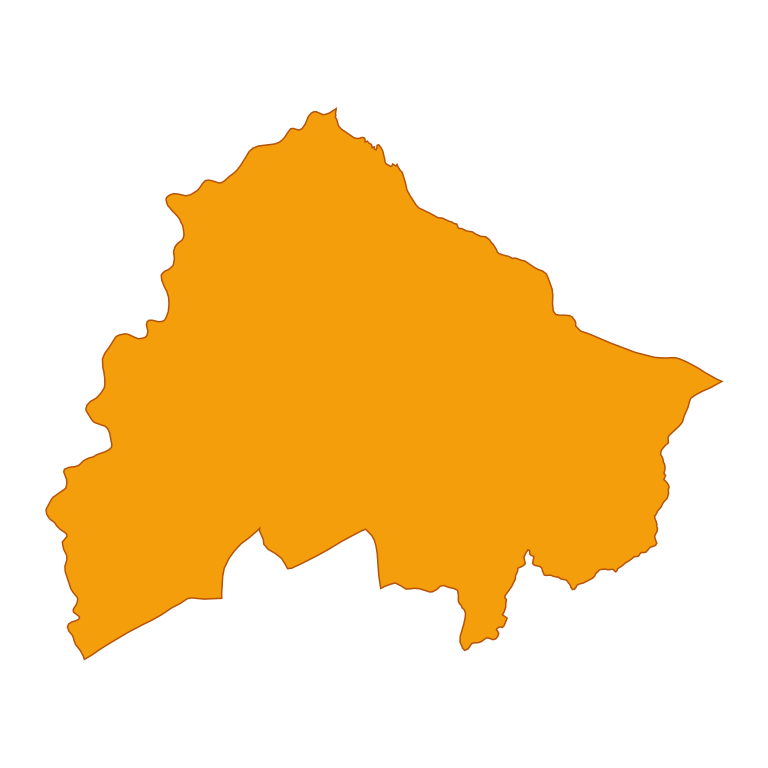 outline of Pea Reang, Prey Vêng, Cambodia
{"feature_id": "14789045B14089291645285", "entity_name": "Pea Reang", "entity_type": "district", "adm_level": 2, "iso_a3": "KHM", "parent_name": "Cambodia", "parent_adm1": "Prey Vêng", "projection": "orthographic", "projection_center": [105.246, 11.679], "detail": "fine", "context": "isolated", "style": "filled", "palette": "amber", "viewbox_px": 768, "rotation_deg": 0, "n_neighbors": 0, "source": "geoboundaries", "source_scale": "gbopen_adm2", "svg_char_len": 6064}
<svg xmlns="http://www.w3.org/2000/svg" viewBox="0 0 768 768"><path d="M174.1,255.5L174.4,258.8L173.2,265.4L170.9,267.7L168.0,269.8L165.2,271.0L162.9,272.8L161.2,275.1L161.8,280.3L164.3,286.7L166.8,291.4L168.6,297.3L169.0,304.1L168.3,311.6L165.9,318.0L164.5,320.3L161.6,321.6L158.3,321.7L152.1,320.2L148.9,320.3L147.1,321.9L146.4,324.6L147.9,331.4L146.9,335.6L145.2,337.3L142.2,338.3L138.7,338.8L135.3,337.6L128.7,334.5L125.2,333.8L119.9,334.8L116.7,336.2L115.3,337.6L109.4,347.0L105.2,352.7L103.8,355.6L102.4,359.2L102.9,367.8L103.9,371.8L104.8,379.2L104.8,384.7L104.2,388.1L100.5,393.7L96.3,398.1L90.5,401.4L87.1,405.0L85.9,408.8L86.2,410.8L91.8,419.9L93.4,421.7L95.0,422.7L105.2,426.3L107.3,428.2L108.3,429.9L109.6,433.0L110.3,436.6L111.8,444.5L111.5,447.3L109.0,449.7L105.7,451.5L96.7,454.7L93.4,456.8L89.0,458.0L86.5,459.1L83.2,461.0L79.3,464.9L77.8,465.7L74.5,466.8L71.7,466.9L68.6,467.5L64.5,469.2L63.7,471.9L66.5,479.2L66.8,481.7L66.6,484.9L65.7,488.3L52.9,497.4L51.0,500.1L46.1,509.3L46.1,510.9L46.7,514.2L48.9,517.8L50.5,519.6L54.8,522.8L56.8,526.0L60.0,529.2L64.7,532.4L66.6,534.0L67.0,536.4L62.3,542.1L63.5,548.8L66.7,555.4L66.9,559.7L64.9,566.3L65.2,571.5L70.9,588.9L73.1,592.4L77.1,597.2L77.7,599.2L77.3,602.0L76.0,605.1L73.8,608.3L73.1,610.0L73.7,612.3L78.8,616.2L79.6,617.5L78.7,619.3L75.0,621.1L72.0,621.8L68.7,623.9L67.4,627.0L69.1,631.5L72.1,635.0L73.4,637.8L74.1,640.7L75.6,644.6L80.3,650.6L83.2,655.8L84.4,659.4L92.1,654.8L100.2,649.2L109.5,643.4L127.6,632.6L142.4,624.8L152.0,620.1L161.2,614.9L172.3,607.5L180.0,603.6L187.3,598.7L191.5,597.9L204.2,599.1L221.7,598.3L221.7,592.4L222.7,576.4L224.2,568.3L229.0,558.4L234.2,551.2L240.7,544.1L248.8,538.0L256.4,531.5L259.7,528.2L259.4,530.5L263.3,539.5L263.8,544.2L268.3,549.5L274.8,553.1L281.5,558.3L285.2,564.2L287.6,568.7L291.6,568.2L300.9,563.9L318.1,555.2L329.3,548.9L342.5,540.9L361.5,530.8L365.7,529.2L371.8,535.6L374.2,539.9L375.9,545.6L377.2,553.4L378.8,575.7L380.7,588.4L384.5,586.5L390.2,584.3L395.4,583.0L400.8,585.8L405.8,589.0L409.6,588.9L414.5,588.3L419.4,588.7L429.8,592.0L432.5,591.8L436.5,589.7L440.3,586.2L443.9,585.5L448.2,587.2L454.4,588.7L457.6,590.4L458.4,595.3L458.3,600.9L459.4,603.6L461.2,605.4L462.1,607.8L464.1,609.5L465.5,613.3L465.2,617.4L463.8,624.0L460.2,636.3L460.0,641.9L462.6,648.0L464.6,650.4L468.1,648.9L471.8,643.5L473.9,642.9L478.3,642.7L481.3,641.6L486.5,637.9L489.3,638.2L492.9,639.7L495.6,638.9L497.7,636.5L498.7,633.3L497.7,631.3L496.4,629.8L497.3,628.3L500.0,626.7L502.4,627.5L504.1,625.7L507.1,618.2L502.5,614.8L504.4,611.3L505.7,607.1L505.8,603.6L506.4,599.5L504.8,597.8L505.2,595.6L511.6,586.6L515.2,579.4L515.7,575.0L516.7,573.3L517.7,570.7L517.8,568.2L520.6,567.1L523.4,565.6L525.3,563.7L523.9,557.3L526.0,552.8L528.1,549.7L529.5,550.6L529.8,554.1L531.1,555.4L533.8,556.3L532.6,563.3L533.4,564.5L535.2,565.5L539.3,566.3L541.7,567.9L542.5,571.0L544.2,574.9L545.3,575.4L550.9,575.2L553.3,576.3L558.6,577.3L560.9,579.0L566.2,580.0L570.1,584.8L570.9,587.3L572.4,589.6L574.5,589.2L575.8,587.7L576.9,585.4L579.0,584.1L583.4,583.0L592.6,578.2L594.7,576.1L595.4,574.3L596.6,572.7L597.9,571.8L598.9,570.4L600.1,569.6L605.6,569.0L607.3,569.7L609.0,569.7L611.9,569.3L613.6,569.6L614.7,571.1L615.8,571.9L616.9,570.6L617.6,568.7L622.3,565.7L625.1,563.1L629.3,560.7L634.1,556.8L638.2,556.3L639.4,555.0L640.0,553.6L641.7,552.4L643.6,552.6L646.0,552.1L650.0,547.4L653.9,546.1L655.6,545.3L656.8,543.1L655.9,541.1L654.7,536.9L654.9,535.4L657.0,531.5L657.5,528.6L656.7,526.1L656.9,524.4L656.1,521.3L654.9,518.4L654.6,516.5L656.3,513.9L657.5,511.3L661.2,506.8L662.6,503.7L664.4,501.2L666.5,499.2L667.3,497.9L668.6,493.3L668.3,490.8L668.5,488.7L669.1,487.4L668.6,485.4L667.5,483.5L665.4,480.9L663.8,479.6L665.6,475.4L663.9,473.3L664.9,469.8L665.0,466.3L664.3,463.5L663.3,462.2L663.3,460.5L662.4,457.5L660.8,454.7L660.6,452.7L661.9,449.4L665.0,445.8L668.4,442.7L668.0,437.5L669.2,435.4L678.7,426.5L681.2,423.7L682.5,421.7L684.2,416.0L688.0,407.3L689.6,401.2L690.4,399.1L691.2,398.0L694.4,395.6L698.7,393.2L702.9,391.0L710.9,387.5L721.9,381.4L716.4,379.0L704.6,372.3L698.5,368.3L686.6,361.9L679.8,359.0L675.7,357.8L670.5,357.7L666.9,358.0L659.8,357.8L654.2,357.3L635.2,352.4L609.9,342.8L590.3,334.4L580.5,331.0L575.7,326.0L575.7,322.7L575.3,321.3L572.1,316.9L569.1,315.5L564.4,315.2L559.8,315.2L555.8,314.5L553.3,311.1L552.5,303.7L552.8,295.1L552.1,289.1L548.6,279.3L546.4,274.0L542.6,271.0L538.2,269.5L534.4,267.5L525.0,261.1L520.9,260.1L516.6,258.4L514.7,258.1L512.2,258.4L509.0,256.5L503.7,255.2L499.5,253.8L497.4,252.3L496.4,249.5L493.0,244.1L491.5,242.7L489.4,239.7L485.7,236.8L480.7,236.3L475.7,234.1L472.2,231.8L466.7,231.0L462.1,228.7L460.6,228.4L459.1,228.5L458.0,227.5L456.8,224.1L453.8,223.4L452.2,222.2L448.7,221.1L442.4,218.1L438.0,217.7L429.4,213.0L419.0,208.0L416.6,205.7L414.6,202.7L410.2,195.9L407.0,190.0L405.1,181.6L402.3,172.6L400.0,170.1L398.1,167.0L397.1,164.4L395.9,166.0L392.7,164.0L391.8,166.1L390.4,166.4L389.0,165.4L386.3,164.0L385.0,161.9L384.8,159.6L382.8,151.1L381.3,148.1L378.7,144.7L377.1,145.3L376.9,147.6L376.0,149.9L374.3,149.0L374.4,146.9L371.8,147.6L371.9,145.7L371.2,144.3L369.1,143.3L367.4,141.1L365.2,141.9L364.9,138.9L364.1,137.9L362.2,137.4L359.3,138.3L356.6,138.5L353.9,137.7L341.7,129.3L338.6,126.2L336.7,119.4L335.4,117.3L335.8,115.2L335.5,113.6L336.2,108.6L329.6,112.9L325.5,114.4L323.1,114.7L316.2,111.7L313.4,111.9L311.2,113.2L308.4,116.4L305.2,124.1L302.1,128.7L298.8,130.1L293.0,128.4L290.6,128.8L288.0,132.2L284.7,137.3L281.9,140.3L279.2,142.3L274.6,144.0L258.4,146.0L252.9,148.2L249.1,151.6L243.6,160.7L240.0,166.3L236.7,170.5L233.1,173.7L229.5,176.3L224.3,181.0L221.1,182.9L218.7,182.9L213.3,181.1L208.7,180.1L205.3,180.6L202.8,183.2L199.2,188.5L197.0,190.7L190.8,194.6L188.7,195.3L185.7,195.8L177.9,194.0L173.8,193.7L170.8,194.5L168.5,195.8L166.5,197.6L166.0,199.8L167.5,205.1L172.3,210.9L177.4,216.1L179.6,219.2L181.1,222.8L182.7,225.5L183.8,232.1L184.0,235.1L183.0,238.7L181.5,240.6L178.5,242.7L176.6,244.6L175.1,246.7L173.6,251.3L173.7,254.0L174.1,255.5Z" fill="#f59e0b" stroke="#b45309" stroke-width="1.5"/></svg>